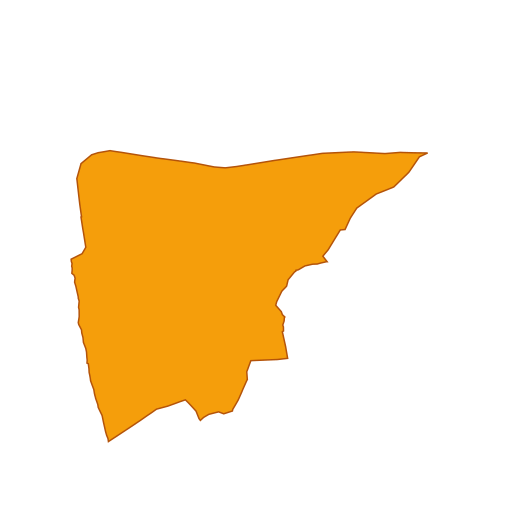 Maybrat, Papua Barat, Indonesia (Equal Earth projection), rotated 254°
{"feature_id": "22746128B44891092584435", "entity_name": "Maybrat", "entity_type": "district", "adm_level": 2, "iso_a3": "IDN", "parent_name": "Indonesia", "parent_adm1": "Papua Barat", "projection": "equal_earth", "projection_center": [132.34, -1.424], "detail": "fine", "context": "isolated", "style": "filled", "palette": "amber", "viewbox_px": 512, "rotation_deg": 254, "n_neighbors": 0, "source": "geoboundaries", "source_scale": "gbopen_adm2", "svg_char_len": 3272}
<svg xmlns="http://www.w3.org/2000/svg" viewBox="0 0 512 512"><g transform="rotate(254 256 256)"><path d="M393.0,113.2L392.4,112.9L379.8,105.1L379.3,105.0L379.2,105.0L378.5,104.9L363.7,102.4L354.6,100.9L353.2,100.7L345.4,99.6L341.7,99.1L341.7,98.5L340.0,98.3L329.8,97.0L326.0,96.6L311.3,94.8L311.2,94.7L307.6,91.0L306.1,89.4L305.6,86.5L304.7,81.8L303.9,77.4L301.7,77.0L299.5,77.1L296.9,76.0L295.1,76.0L294.9,75.9L292.9,75.3L290.1,74.2L287.7,75.8L287.0,75.9L286.3,75.9L284.5,76.0L283.5,75.5L280.8,74.4L276.5,74.5L271.9,74.2L266.2,73.9L265.5,73.8L264.2,73.5L261.4,73.6L255.6,71.3L253.6,71.2L252.8,71.1L246.4,69.3L244.4,68.4L241.0,66.8L239.0,66.7L233.6,67.8L233.2,67.9L231.1,67.5L230.0,67.3L225.5,67.2L224.2,67.0L221.1,66.4L220.5,66.3L214.0,66.9L210.4,66.6L205.3,65.5L202.4,65.0L199.6,64.0L198.7,65.1L194.0,64.4L193.9,64.4L190.0,63.5L186.8,63.3L184.1,63.0L181.6,62.6L174.7,63.1L172.4,63.3L168.4,62.8L166.4,62.7L164.5,62.7L163.5,62.6L156.9,63.0L154.0,62.6L152.1,62.9L148.5,63.5L146.9,63.8L145.0,64.1L137.4,63.5L137.2,63.5L128.7,63.0L124.6,63.0L121.3,63.4L118.3,63.0L123.8,80.6L129.9,99.7L132.5,107.2L134.1,112.2L136.2,118.1L136.2,118.4L136.0,129.8L136.4,135.6L136.5,137.2L136.9,142.5L137.2,148.5L133.8,150.4L130.1,152.3L126.9,153.9L123.4,155.6L122.5,155.7L115.4,156.4L114.6,156.7L113.9,157.0L113.3,157.2L115.1,160.8L115.3,161.2L116.8,167.0L116.5,177.1L113.2,181.5L113.5,190.6L115.0,191.4L116.8,193.3L118.9,195.5L122.2,198.9L123.9,200.4L126.2,202.3L127.5,203.4L128.8,204.5L131.1,206.3L134.8,209.4L138.6,212.6L139.0,213.0L139.5,213.3L139.6,213.6L146.3,215.0L147.3,215.2L149.7,217.0L152.2,218.8L156.7,222.1L156.8,222.2L155.8,226.5L151.6,243.9L150.6,248.0L148.9,258.2L157.2,259.1L160.7,259.5L168.9,260.0L170.6,260.1L171.7,260.2L175.9,260.4L176.4,261.8L176.5,261.8L180.2,262.8L182.3,262.7L182.7,263.0L185.9,265.2L186.3,265.3L189.0,266.3L189.4,266.9L192.3,265.2L195.0,265.0L195.5,265.0L198.9,263.4L202.5,261.7L203.2,261.4L206.4,263.3L214.5,270.6L215.1,271.2L216.3,273.2L216.9,274.3L217.3,275.0L218.5,277.0L219.1,277.4L222.5,279.3L224.3,280.3L230.1,288.7L230.4,290.0L230.5,290.0L231.3,290.4L231.2,291.3L231.1,291.5L231.1,293.0L232.1,296.9L233.0,300.5L232.9,301.5L232.6,307.0L232.5,308.3L231.4,312.7L231.4,316.0L231.1,322.0L230.9,322.8L237.4,320.2L240.0,324.0L241.6,326.4L242.2,327.2L250.4,336.1L257.8,344.2L256.9,348.9L266.2,356.9L268.0,358.9L274.3,366.1L282.2,388.0L282.5,388.9L283.6,400.2L284.4,407.5L291.7,421.1L292.5,422.7L294.4,426.0L294.6,426.3L300.3,433.2L306.3,440.4L306.9,444.1L307.6,448.6L307.7,449.4L308.0,448.4L311.7,436.1L312.4,433.9L315.2,425.1L315.8,423.4L318.9,408.2L321.9,399.5L322.3,398.4L325.1,390.3L325.8,388.2L326.2,387.2L329.0,379.0L329.1,378.7L330.1,374.6L330.4,373.4L336.4,348.0L337.1,342.6L337.8,337.2L338.1,335.3L340.5,317.2L342.1,304.9L342.6,301.2L342.7,300.7L346.1,272.0L346.3,270.8L346.5,268.8L347.1,264.2L347.3,262.4L349.2,250.8L350.8,246.5L353.1,240.4L355.0,236.7L355.2,236.4L355.2,236.2L357.1,232.6L361.1,224.8L361.7,223.7L362.4,222.3L363.9,218.8L367.5,210.8L367.7,210.4L368.5,208.4L368.9,207.6L370.7,203.5L374.9,193.9L375.8,191.7L378.2,186.3L378.3,186.2L383.7,174.4L392.9,154.8L394.8,150.5L397.4,144.9L397.5,144.8L398.3,137.1L398.8,132.8L398.8,132.5L398.6,125.9L394.8,117.3L393.0,113.2Z" fill="#f59e0b" stroke="#b45309" stroke-width="1.5"/></g></svg>